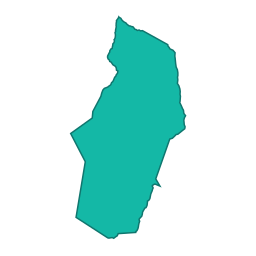 outline of Sina Sina Yonggomugl District, Chimbu, Papua New Guinea, rotated 182°
{"feature_id": "67681753B55512371565991", "entity_name": "Sina Sina Yonggomugl District", "entity_type": "district", "adm_level": 2, "iso_a3": "PNG", "parent_name": "Papua New Guinea", "parent_adm1": "Chimbu", "projection": "equal_earth", "projection_center": [145.006, -6.094], "detail": "fine", "context": "isolated", "style": "filled", "palette": "teal", "viewbox_px": 256, "rotation_deg": 182, "n_neighbors": 0, "source": "geoboundaries", "source_scale": "gbopen_adm2", "svg_char_len": 2077}
<svg xmlns="http://www.w3.org/2000/svg" viewBox="0 0 256 256"><g transform="rotate(182 128 128)"><path d="M176.8,36.9L144.4,17.5L143.2,17.3L140.9,17.8L139.8,17.9L138.4,17.3L136.6,18.8L135.0,19.9L134.1,22.1L116.6,23.9L116.6,24.7L115.5,25.7L114.6,27.7L114.2,29.6L114.0,31.5L113.7,33.2L113.1,35.3L113.7,36.6L113.6,37.5L112.6,38.7L111.2,40.3L110.7,42.2L110.5,44.5L109.1,47.2L108.4,48.5L107.2,49.1L106.3,51.2L106.1,52.9L106.0,54.4L106.0,55.7L104.8,56.3L103.7,58.1L103.4,59.8L102.9,62.9L101.8,65.7L101.8,65.8L101.7,66.1L101.6,66.4L101.5,66.9L101.4,67.3L101.3,67.8L101.1,68.2L101.1,68.6L101.0,68.8L100.9,68.9L100.8,69.0L101.8,70.9L100.8,72.1L99.5,72.8L99.0,72.9L94.1,71.1L98.5,78.1L85.9,118.4L83.3,119.3L81.2,121.4L79.6,123.2L78.0,123.5L75.2,125.9L73.6,127.3L71.3,129.2L71.0,131.2L71.9,133.3L72.5,137.8L71.9,140.4L70.9,142.3L72.7,144.5L73.2,147.7L74.2,149.3L75.5,152.1L77.2,155.3L76.9,156.4L76.7,161.6L77.2,163.5L77.1,166.2L77.5,168.8L78.7,172.1L80.2,174.2L79.9,177.8L80.3,180.6L80.0,182.1L80.1,185.0L80.7,188.0L82.0,190.6L82.6,193.9L83.3,199.2L83.7,201.5L83.6,204.9L85.8,207.3L88.8,208.5L89.7,209.9L90.9,211.3L91.2,212.7L116.9,225.8L118.9,225.5L120.3,226.3L122.1,225.8L123.4,226.7L124.6,226.9L126.2,229.0L126.9,229.4L127.8,229.4L129.2,230.0L130.5,230.1L132.8,231.8L133.6,232.8L136.1,234.1L137.8,235.6L139.0,237.4L140.9,238.4L141.1,238.7L141.6,237.4L143.3,235.0L143.2,233.6L143.5,232.4L143.4,231.8L143.5,230.1L143.3,228.9L143.5,227.3L143.9,225.3L143.7,224.3L144.3,222.9L144.0,221.6L143.8,220.5L143.9,218.2L144.4,216.5L145.0,215.8L144.6,214.6L144.9,212.9L146.0,211.7L146.3,209.0L146.5,208.5L146.6,206.9L147.8,206.4L148.8,204.7L149.0,203.0L149.5,202.3L150.9,199.2L150.9,197.9L150.3,196.3L149.0,195.2L148.6,193.9L147.1,193.2L145.3,190.7L143.8,189.8L142.8,189.2L141.9,187.9L141.5,185.3L140.1,184.7L140.4,182.3L141.5,181.0L142.0,179.4L143.1,178.2L144.3,174.9L145.0,173.6L146.0,172.8L146.8,170.5L149.1,168.8L149.6,168.2L153.0,166.8L154.4,165.1L155.5,161.9L156.2,158.7L163.7,143.3L164.1,136.7L185.1,120.5L169.5,92.8L176.8,36.9Z" fill="#14b8a6" stroke="#0f766e" stroke-width="1.5"/></g></svg>